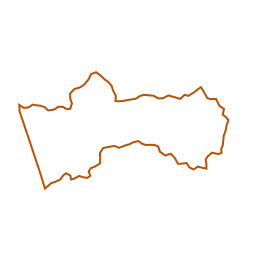 Caieiras, São Paulo, Brazil, rotated 342°
{"feature_id": "56859067B48741528638034", "entity_name": "Caieiras", "entity_type": "district", "adm_level": 2, "iso_a3": "BRA", "parent_name": "Brazil", "parent_adm1": "São Paulo", "projection": "orthographic", "projection_center": [-46.742, -23.377], "detail": "fine", "context": "isolated", "style": "outline", "palette": "amber", "viewbox_px": 256, "rotation_deg": 342, "n_neighbors": 0, "source": "geoboundaries", "source_scale": "gbopen_adm2", "svg_char_len": 1560}
<svg xmlns="http://www.w3.org/2000/svg" viewBox="0 0 256 256"><g transform="rotate(342 128 128)"><path d="M210.0,111.7L206.7,112.7L202.3,114.3L195.4,116.1L192.1,114.0L186.6,116.4L182.2,113.3L176.3,109.5L170.8,110.5L166.1,109.3L162.1,105.1L153.1,101.3L149.5,101.3L144.2,102.6L137.2,101.4L132.2,100.8L128.3,100.0L124.4,98.5L126.3,93.8L125.4,87.4L125.4,82.6L123.6,78.4L121.0,74.9L118.3,69.9L114.8,65.1L109.5,65.3L105.6,69.5L100.9,72.5L97.8,73.9L94.3,74.6L89.2,74.3L83.6,77.3L82.1,82.4L82.3,87.2L79.1,91.8L75.7,91.2L72.7,87.8L68.4,86.3L63.4,87.6L57.4,86.6L55.4,82.6L51.4,79.6L47.9,78.1L44.5,76.3L40.0,77.7L35.1,76.7L31.8,72.5L30.0,78.5L30.1,85.1L30.2,91.2L30.2,97.8L30.4,109.1L30.4,113.7L30.4,120.3L30.6,141.6L30.3,159.9L33.9,158.5L37.7,156.7L41.9,156.7L47.6,156.1L51.6,153.1L55.1,151.9L58.5,155.5L57.9,159.3L61.3,159.5L66.6,158.5L70.8,161.4L74.1,162.8L77.4,161.8L77.2,157.2L79.9,154.9L85.0,154.4L90.3,153.1L92.2,148.2L93.5,143.2L98.2,139.4L104.0,140.0L109.7,140.9L113.3,144.1L117.2,143.9L120.7,143.7L124.3,143.9L128.8,143.2L133.8,143.6L136.5,147.3L139.6,149.6L143.1,150.6L148.1,152.3L151.0,155.1L151.0,160.4L155.0,165.7L160.7,165.7L163.2,171.0L164.5,177.6L168.7,178.6L172.9,179.4L174.2,184.5L177.6,187.7L182.7,186.3L186.8,189.1L190.0,190.9L191.5,186.2L192.0,182.1L194.8,179.8L200.3,177.4L205.6,180.6L209.3,180.6L210.1,176.8L212.5,174.2L214.4,170.3L216.5,165.2L220.2,160.4L222.6,155.9L226.0,151.5L224.4,147.7L222.2,144.5L225.2,139.6L221.8,135.2L220.7,127.6L215.8,126.2L212.6,124.1L211.4,117.5L210.0,111.7Z" fill="none" stroke="#b45309" stroke-width="2"/></g></svg>